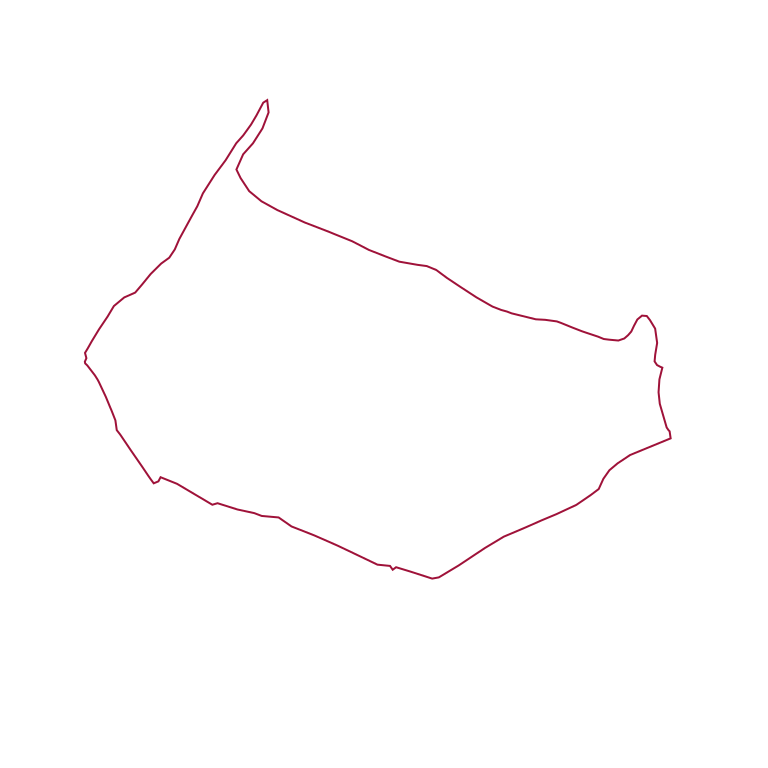 outline of Gros Islet Town, Gros Islet, Saint Lucia, rotated 118°
{"feature_id": "8701671B30275732730591", "entity_name": "Gros Islet Town", "entity_type": "district", "adm_level": 2, "iso_a3": "LCA", "parent_name": "Saint Lucia", "parent_adm1": "Gros Islet", "projection": "mercator", "projection_center": [-60.953, 14.081], "detail": "fine", "context": "isolated", "style": "outline", "palette": "rose", "viewbox_px": 768, "rotation_deg": 118, "n_neighbors": 0, "source": "geoboundaries", "source_scale": "gbopen_adm2", "svg_char_len": 1894}
<svg xmlns="http://www.w3.org/2000/svg" viewBox="0 0 768 768"><g transform="rotate(118 384 384)"><path d="M238.9,145.9L239.1,148.2L239.1,151.8L237.0,155.7L230.8,158.3L219.5,162.1L207.8,170.6L202.7,179.2L200.6,183.9L202.5,188.3L208.1,190.6L215.2,190.6L221.6,190.3L226.3,191.4L231.0,193.2L235.6,197.5L239.2,206.1L241.1,211.1L241.7,217.2L243.8,229.6L244.5,234.0L245.7,244.0L247.0,256.6L247.6,260.8L251.7,271.9L255.6,280.3L261.7,304.5L262.3,309.4L263.6,315.3L264.7,324.5L264.6,328.1L264.4,334.2L264.1,343.1L262.4,362.1L260.8,378.2L258.8,391.4L259.8,401.6L263.1,410.5L268.8,427.9L270.7,442.9L272.7,460.1L272.9,479.1L274.1,490.6L274.9,498.1L275.4,503.3L278.6,529.7L280.5,559.8L280.2,578.0L277.0,593.6L269.5,607.3L263.9,615.0L247.3,616.2L233.0,612.7L215.4,611.3L198.4,613.4L188.2,620.4L192.3,622.7L206.7,622.7L217.4,623.2L230.5,625.0L240.8,627.5L260.8,628.9L279.0,631.7L300.7,633.4L314.7,632.3L324.7,632.5L333.2,632.6L352.0,632.8L363.4,631.9L373.3,632.9L382.3,637.3L396.5,641.7L409.7,644.3L420.1,646.6L429.5,654.0L442.0,659.1L454.1,659.7L469.5,661.3L483.5,662.1L491.6,662.3L496.9,662.6L500.9,658.9L504.8,658.6L506.1,657.5L506.9,654.7L509.5,649.0L512.1,643.3L514.5,639.1L516.1,636.7L526.0,623.5L533.6,614.3L534.6,613.0L536.8,610.4L542.2,604.1L550.2,598.3L552.3,593.6L553.0,592.2L561.4,576.4L570.5,558.8L575.6,549.2L577.6,545.3L579.8,540.7L575.9,537.5L571.2,537.5L569.3,519.9L570.3,498.4L571.2,478.9L567.4,475.0L563.6,454.5L558.9,437.9L557.9,430.0L551.3,414.4L553.2,398.8L550.4,374.4L548.5,349.0L547.5,326.5L546.6,305.0L541.8,293.3L543.9,289.1L540.1,287.3L537.3,273.0L533.2,250.1L529.0,244.8L509.2,232.9L481.6,218.0L462.6,206.6L444.1,191.6L430.6,181.0L417.9,170.6L400.4,157.4L384.7,149.2L375.9,145.1L364.7,145.8L354.3,144.5L344.4,140.5L331.2,133.4L297.4,105.4L291.7,109.6L291.2,111.1L289.7,114.0L272.0,131.2L262.4,137.7L250.6,143.0L238.9,145.9Z" fill="none" stroke="#9f1239" stroke-width="2"/></g></svg>